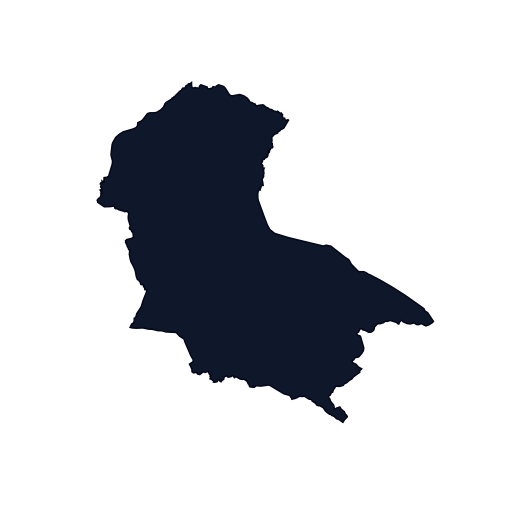 the district of Veun Sai, Rôtânôkiri, Cambodia, rotated 125°
{"feature_id": "14789045B84584240899175", "entity_name": "Veun Sai", "entity_type": "district", "adm_level": 2, "iso_a3": "KHM", "parent_name": "Cambodia", "parent_adm1": "Rôtânôkiri", "projection": "orthographic", "projection_center": [106.861, 14.079], "detail": "fine", "context": "isolated", "style": "filled", "palette": "ink", "viewbox_px": 512, "rotation_deg": 125, "n_neighbors": 0, "source": "geoboundaries", "source_scale": "gbopen_adm2", "svg_char_len": 6143}
<svg xmlns="http://www.w3.org/2000/svg" viewBox="0 0 512 512"><g transform="rotate(125 256 256)"><path d="M279.4,425.2L279.7,424.3L280.3,424.6L281.6,423.1L282.0,423.1L281.6,423.7L282.4,424.3L283.3,423.8L283.6,424.3L283.4,424.8L284.1,424.3L284.8,424.4L285.0,425.0L286.3,424.9L286.2,423.6L286.7,423.2L288.1,423.2L288.7,422.6L289.3,420.5L291.4,421.5L291.7,420.0L292.4,419.9L292.0,419.3L292.2,418.9L292.9,418.8L292.9,418.4L293.8,418.9L295.1,417.8L297.9,417.3L298.5,417.3L299.0,418.0L301.4,418.1L301.5,417.6L302.8,416.5L302.7,408.5L299.2,403.8L296.7,401.2L296.6,400.3L297.7,399.2L297.4,398.5L297.8,398.1L296.9,396.8L296.7,394.5L295.0,389.6L295.0,388.9L293.6,387.6L293.6,385.5L294.3,384.6L297.1,383.2L299.4,381.4L303.6,376.1L305.7,375.8L306.5,374.5L306.2,373.3L307.3,371.7L307.3,370.7L308.6,368.9L309.2,368.8L310.4,367.4L311.6,367.5L312.9,368.0L316.6,371.3L318.4,371.6L318.9,370.8L319.6,370.7L320.0,370.2L319.8,369.5L320.8,368.7L321.0,368.0L322.2,366.7L322.5,365.5L323.6,364.2L323.8,363.3L323.4,362.9L327.3,360.7L331.0,356.9L332.3,355.3L335.0,350.0L337.3,346.5L341.6,342.1L343.3,339.6L343.0,337.8L343.5,337.3L343.6,336.3L345.3,334.0L344.3,331.3L345.1,330.6L345.7,330.5L345.6,329.4L347.3,327.7L346.4,326.4L346.7,326.0L347.8,325.2L357.0,323.0L363.4,320.9L371.7,320.6L374.6,319.5L376.6,319.7L376.9,320.0L379.4,318.3L381.3,318.1L383.1,318.8L386.7,318.2L386.0,316.3L383.8,312.6L379.8,307.4L377.5,302.0L375.4,298.7L373.5,293.7L371.2,290.2L369.9,286.3L364.4,277.5L365.5,272.6L365.3,267.4L367.3,264.7L375.1,252.1L376.9,248.1L378.1,247.2L379.2,247.1L382.7,248.5L384.9,244.5L386.1,243.0L387.5,242.1L387.6,240.1L385.5,238.1L385.3,237.3L386.0,236.9L386.2,236.0L385.4,234.1L383.5,233.4L382.2,233.6L382.0,232.9L380.8,232.6L380.5,231.8L380.7,231.0L377.9,229.0L379.6,226.3L379.7,225.8L379.3,225.8L379.7,224.5L381.1,224.5L381.7,223.3L383.0,223.2L382.3,220.8L382.7,220.5L382.4,219.0L383.7,218.6L383.0,217.3L381.2,215.7L378.9,216.0L378.6,215.4L379.2,213.7L379.1,212.5L377.2,212.5L375.8,211.7L373.6,212.6L372.8,212.5L371.1,211.2L370.9,210.5L371.3,209.7L370.9,208.8L368.7,207.0L367.6,206.9L367.3,205.5L368.1,204.0L366.3,203.1L365.9,198.4L364.6,196.0L363.7,195.0L363.8,192.6L363.0,192.2L363.7,191.6L365.3,188.8L365.3,188.1L366.6,186.3L366.4,185.3L364.6,182.2L362.2,181.4L359.6,177.2L354.3,171.5L354.0,170.2L352.9,154.1L350.9,148.5L352.3,144.7L352.7,144.4L349.8,141.9L346.0,139.9L344.2,137.0L343.1,136.0L342.8,130.3L341.7,128.1L342.6,126.8L342.5,122.9L343.3,120.5L342.7,118.7L342.1,118.2L341.7,113.8L343.1,110.4L343.5,106.5L343.4,104.9L342.8,103.8L343.2,102.7L342.5,100.0L343.1,96.8L342.4,94.2L342.4,89.4L339.6,89.6L335.8,89.0L335.2,89.1L334.7,89.9L334.1,92.6L332.9,94.3L332.6,98.4L331.6,100.7L334.4,102.8L336.2,103.4L336.2,104.0L333.6,106.9L332.3,111.4L330.7,113.7L330.2,115.5L329.4,116.2L327.2,115.4L324.6,116.0L323.8,115.1L320.9,116.0L319.4,115.8L317.0,116.1L314.7,112.5L311.9,110.3L310.1,110.4L307.7,109.0L304.4,108.3L301.9,107.0L299.2,106.9L292.0,104.4L291.5,104.4L290.8,105.3L287.8,104.7L288.2,108.6L287.3,111.9L287.9,115.6L287.1,116.9L286.2,117.0L285.0,116.4L282.4,116.5L279.8,114.0L275.4,113.5L272.0,113.7L269.4,115.1L262.0,124.2L261.8,125.3L262.6,127.3L261.9,128.9L260.9,129.2L259.5,128.4L256.3,128.9L255.0,128.1L255.2,126.0L254.3,124.0L253.9,120.1L252.5,118.2L250.8,117.3L248.7,117.1L246.3,118.2L241.8,117.6L240.2,115.4L237.5,113.3L235.5,112.8L234.2,110.9L232.1,109.3L231.5,108.2L229.8,102.7L230.1,100.4L229.7,100.0L227.7,100.5L225.3,100.1L225.1,99.3L225.5,97.7L224.7,93.6L223.2,90.7L220.2,88.2L220.1,85.4L219.6,84.3L218.8,83.3L216.7,81.9L216.3,80.9L216.2,78.5L215.7,76.6L213.0,74.8L209.6,73.4L207.8,73.1L204.0,82.8L204.1,86.2L202.8,88.2L202.7,111.5L203.4,127.1L204.6,140.9L206.1,152.2L206.5,153.2L206.5,155.9L207.0,158.7L209.7,162.5L209.9,163.5L208.1,173.1L205.8,177.9L206.0,182.4L205.0,200.4L206.8,204.6L209.3,206.7L222.2,239.6L226.8,253.7L226.4,259.8L224.1,264.5L219.0,272.0L209.0,286.3L207.4,287.8L203.8,290.4L201.4,291.4L199.7,291.1L199.4,290.4L198.2,291.5L197.6,291.1L197.0,291.4L197.3,291.8L197.1,292.4L195.5,291.5L194.6,291.7L194.0,290.7L191.1,293.4L190.2,294.8L186.1,295.5L186.2,296.2L183.9,296.8L181.7,298.7L181.9,299.5L180.7,299.3L179.4,299.7L179.9,300.3L179.2,301.9L178.7,302.4L178.2,302.1L177.2,304.4L177.5,304.7L176.5,305.2L175.5,304.8L174.8,305.5L174.2,305.2L174.1,305.8L173.4,306.0L172.4,305.6L171.9,304.7L171.1,305.0L168.8,303.7L167.2,303.8L166.9,304.3L166.3,304.2L165.7,304.7L164.2,304.9L162.6,306.2L162.1,306.0L162.5,305.0L161.1,305.7L160.4,305.4L159.9,306.0L159.2,305.9L158.3,304.8L157.0,304.7L156.1,306.1L154.4,307.3L154.0,308.5L153.3,308.9L152.7,308.8L149.6,311.2L145.8,310.7L143.0,308.8L142.2,309.3L139.9,308.3L137.8,308.3L137.5,307.5L136.8,307.5L135.3,306.6L126.1,307.3L126.0,308.0L127.5,309.0L127.8,310.4L126.7,311.6L127.7,312.7L126.8,313.8L126.4,315.5L125.1,315.1L124.8,315.7L125.4,316.3L124.4,317.3L125.2,318.3L125.0,321.4L126.0,321.7L126.5,323.4L127.0,323.9L126.9,325.2L127.2,325.8L127.0,326.8L128.1,329.6L127.8,331.0L128.4,333.4L128.0,336.2L128.3,337.3L128.9,337.6L129.7,338.9L133.1,342.0L132.0,343.8L132.6,345.4L132.6,347.3L133.3,348.9L133.0,350.6L132.5,350.9L132.3,351.5L132.9,352.4L131.8,353.0L131.7,353.6L131.8,357.8L133.0,361.9L138.3,367.2L139.1,368.9L139.1,370.4L136.2,377.3L135.7,379.6L136.1,381.3L137.2,384.8L139.7,386.0L140.9,385.9L141.9,388.3L144.0,388.4L146.5,390.9L146.5,391.9L145.6,392.9L147.4,399.4L149.2,399.7L150.6,399.1L152.0,399.5L152.0,400.8L152.9,401.4L152.8,402.3L154.2,403.5L154.7,404.5L154.6,405.2L153.2,406.6L150.9,408.3L153.0,409.0L153.3,409.8L154.1,410.1L154.9,409.6L155.6,410.5L156.8,411.0L158.2,410.6L159.3,410.8L160.5,412.3L162.1,412.3L162.4,412.0L163.4,412.1L164.0,412.7L165.0,412.7L165.4,413.2L166.6,412.8L166.8,413.2L170.0,413.9L171.1,413.7L172.3,414.5L174.1,414.5L174.5,415.3L175.7,415.1L176.7,415.5L181.8,417.7L183.3,417.9L186.9,417.2L190.9,417.8L195.5,419.8L198.2,423.0L199.5,425.0L201.6,426.6L209.4,426.9L211.5,427.5L214.6,429.3L217.2,427.8L219.4,427.8L222.1,429.3L230.5,436.0L234.7,437.8L239.3,438.9L245.0,438.4L247.2,437.8L255.5,433.3L256.8,432.3L260.5,428.0L263.1,426.5L275.7,422.3L276.1,423.0L277.0,423.2L278.9,425.4L279.4,425.2Z" fill="#0f172a" stroke="#020617" stroke-width="1.5"/></g></svg>